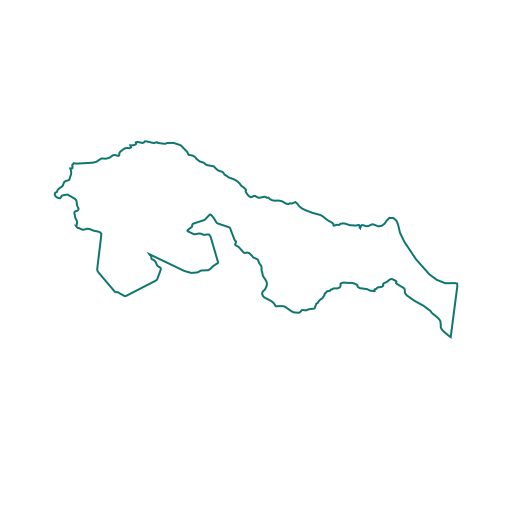 the border of Luapula, rotated 109°
{"feature_id": "ZMB-514", "entity_name": "Luapula", "entity_type": "Province", "adm_level": 1, "iso_a3": "ZMB", "parent_name": "Zambia", "parent_adm1": "", "projection": "equal_earth", "projection_center": [29.278, -10.414], "detail": "fine", "context": "isolated", "style": "outline", "palette": "teal", "viewbox_px": 512, "rotation_deg": 109, "n_neighbors": 0, "source": "natural_earth", "source_scale": "10m", "svg_char_len": 6143}
<svg xmlns="http://www.w3.org/2000/svg" viewBox="0 0 512 512"><g transform="rotate(109 256 256)"><path d="M193.4,166.6L192.4,166.1L192.0,164.7L191.9,161.6L191.6,160.5L191.0,159.4L189.2,157.6L188.2,156.4L187.9,154.8L188.1,151.4L188.0,149.5L186.4,146.9L183.7,145.0L179.9,143.9L176.6,142.3L175.4,138.5L176.9,134.7L180.2,131.8L187.2,127.4L194.3,120.3L207.1,103.5L216.9,86.1L219.7,77.3L220.1,68.1L216.8,58.9L216.6,56.9L218.6,55.9L269.3,45.5L268.7,47.7L266.4,53.7L265.3,55.9L264.2,57.2L263.2,58.1L260.9,58.9L257.9,60.3L257.3,60.8L256.2,62.2L255.3,63.9L253.1,69.9L252.3,71.7L251.4,72.7L251.0,73.6L248.5,81.5L246.8,91.5L244.3,100.1L243.9,101.1L242.6,102.9L241.9,103.4L239.6,104.3L238.6,105.1L238.2,105.9L236.4,114.2L236.2,114.6L235.8,114.8L234.5,114.9L234.2,115.2L233.7,117.6L233.5,119.8L233.9,120.9L234.3,121.4L235.4,122.3L237.5,123.6L238.2,124.1L239.9,126.1L240.6,126.5L241.4,126.6L242.4,126.1L242.9,126.1L243.8,126.7L244.1,127.0L245.1,128.6L245.6,130.0L246.1,130.7L246.5,131.0L247.7,131.4L248.0,131.7L248.8,132.8L249.1,133.0L250.5,132.4L250.7,132.7L250.9,133.4L251.0,134.6L251.5,136.1L251.6,136.8L251.2,140.0L251.3,141.0L252.6,147.2L252.3,148.8L251.9,149.9L251.6,150.2L250.8,150.5L250.4,150.8L250.3,151.3L250.0,154.4L250.0,155.1L250.3,157.0L251.0,158.6L252.6,164.5L253.4,165.9L254.6,167.0L255.0,167.0L256.6,166.3L257.9,166.4L258.7,166.8L260.1,168.5L261.3,171.8L261.8,172.5L262.7,173.1L263.5,174.4L264.7,174.7L265.1,175.0L265.9,176.8L266.3,177.3L266.8,177.6L267.7,177.8L269.1,178.7L269.5,178.8L270.8,178.5L274.1,179.5L274.9,179.9L276.2,181.0L278.6,182.0L280.5,182.4L281.3,183.3L281.7,183.5L283.0,183.4L284.8,183.6L285.7,183.4L286.4,183.6L287.0,184.2L288.0,186.5L288.9,188.2L289.9,189.7L290.8,190.5L291.4,192.0L291.7,193.7L292.0,194.5L292.3,195.0L294.7,196.1L295.1,196.3L295.6,197.0L296.0,197.9L296.9,201.5L297.0,202.4L296.6,204.8L294.7,211.5L294.5,212.8L294.8,214.6L296.1,218.5L296.9,220.2L297.0,220.7L297.0,221.1L294.9,223.7L294.1,225.5L293.7,226.6L292.5,234.3L292.2,235.3L291.8,236.1L290.5,237.4L289.5,238.0L288.6,238.1L287.1,237.9L285.5,237.0L284.2,236.5L280.7,236.2L278.6,236.7L277.1,237.5L276.5,238.1L275.3,239.4L272.9,242.6L272.3,243.2L270.1,244.4L267.4,246.3L265.0,247.0L264.0,247.6L263.3,248.3L261.9,250.5L258.9,253.0L258.7,253.4L258.6,254.2L258.3,257.5L258.1,258.4L257.8,259.0L257.2,259.6L255.5,263.2L255.5,264.7L255.9,265.9L256.8,267.6L256.9,268.0L256.5,269.3L253.4,274.8L252.9,276.3L252.5,278.7L252.2,279.3L251.7,279.6L249.6,279.4L249.2,279.5L248.7,279.8L248.2,280.9L247.4,281.8L238.1,289.6L237.7,290.2L237.6,290.9L237.7,303.0L237.5,303.7L237.3,304.2L233.9,308.3L232.4,310.6L231.6,312.4L231.7,312.9L232.3,313.4L238.2,316.1L238.9,316.7L245.8,325.8L246.1,326.1L246.9,326.4L249.1,326.1L249.5,326.2L253.5,328.9L254.4,329.1L254.7,328.8L255.0,327.7L255.2,325.0L255.6,322.5L255.5,321.2L253.4,317.4L253.1,316.7L252.9,315.6L252.8,314.5L253.0,312.6L252.9,311.8L251.4,308.9L251.0,307.3L251.9,306.0L253.1,304.8L274.2,289.9L274.9,289.7L275.3,289.8L276.9,291.3L279.4,293.1L283.1,295.0L284.5,296.1L284.9,296.5L285.3,297.3L287.4,302.7L287.9,303.5L289.8,305.2L290.8,306.4L293.0,311.6L293.2,313.3L293.5,318.8L289.0,357.5L289.5,356.9L290.2,355.1L292.5,354.0L292.9,353.4L293.0,352.3L293.2,351.1L293.7,350.0L294.2,349.1L296.8,346.7L297.7,345.3L298.0,343.0L298.6,342.2L299.2,341.8L300.2,341.6L309.7,341.8L311.0,342.1L312.2,343.0L336.0,365.8L336.5,366.7L336.6,367.2L336.6,367.9L336.5,368.5L336.2,369.3L336.0,371.5L335.4,373.7L335.3,375.0L335.4,375.6L335.9,376.9L335.9,377.6L322.7,399.8L321.6,401.1L320.4,401.8L288.0,408.8L287.6,409.0L285.5,409.3L284.7,410.5L284.3,412.0L284.4,413.9L284.9,417.2L284.7,421.8L284.9,423.6L285.5,425.1L287.1,427.2L287.6,428.5L287.6,429.7L287.2,432.5L287.6,433.4L287.3,434.1L286.8,435.2L286.3,435.8L286.3,435.6L283.0,435.9L281.3,436.7L278.8,439.2L274.8,441.6L273.5,441.9L272.6,441.4L271.3,439.6L270.3,439.1L269.3,439.1L268.6,439.5L267.4,440.8L265.9,442.0L262.6,443.5L261.4,444.7L260.9,446.0L260.0,450.0L259.7,452.4L259.4,453.3L259.3,454.2L259.6,455.0L261.9,458.9L263.1,459.5L264.3,459.6L265.2,460.1L265.5,461.9L265.3,463.9L264.5,465.4L263.4,466.3L261.9,466.5L261.3,466.3L260.7,465.4L260.3,465.1L258.2,465.1L256.2,464.1L253.0,461.8L252.4,461.6L249.4,461.5L248.5,461.4L247.8,461.0L246.8,459.9L245.4,457.9L244.7,457.4L238.4,457.5L236.6,458.2L235.0,459.1L233.7,460.2L232.9,458.2L231.6,458.4L230.3,459.3L229.2,459.2L228.5,458.7L227.9,458.7L227.5,458.4L227.2,456.0L221.0,440.9L219.0,437.7L214.5,434.3L213.8,433.1L213.4,431.2L212.6,429.2L211.5,427.5L210.6,426.4L207.9,424.5L206.8,423.4L206.4,421.8L206.2,418.9L205.5,418.1L202.8,418.7L201.2,418.1L197.4,415.4L196.4,414.4L195.1,410.5L194.0,409.5L192.3,410.9L192.0,409.9L191.1,407.9L190.1,406.6L189.4,406.0L188.6,405.9L187.6,406.6L186.7,405.1L186.1,400.1L185.2,399.0L183.9,398.5L183.3,397.2L182.6,390.1L182.3,389.0L181.2,387.6L180.7,386.7L181.0,386.3L181.0,385.2L179.7,379.1L179.3,378.2L178.1,376.7L177.6,375.6L176.6,372.6L176.2,371.7L175.9,370.2L175.8,364.7L176.0,362.8L179.9,355.2L180.2,354.7L182.3,352.7L181.7,348.8L182.0,346.6L182.7,345.1L183.5,344.0L184.9,340.0L184.8,336.6L184.9,335.5L185.7,333.6L185.9,332.6L185.9,331.3L185.1,325.8L185.1,324.8L186.2,322.8L187.2,320.3L187.5,319.2L187.5,318.2L187.4,316.0L187.5,314.9L187.9,314.0L189.3,312.2L189.7,310.0L190.5,307.9L190.6,306.8L190.6,302.2L191.0,299.8L191.7,297.4L192.7,295.2L194.0,293.4L194.6,292.4L195.1,290.1L196.3,287.6L196.6,287.1L197.1,286.8L198.0,286.9L198.5,286.7L199.5,285.6L200.7,284.0L201.7,282.1L202.1,280.0L201.7,279.4L199.9,277.5L199.5,276.5L200.1,273.1L200.0,271.9L198.2,269.1L197.2,267.3L197.1,265.8L197.5,264.9L196.8,263.3L197.6,261.4L197.9,260.2L198.0,258.9L197.9,257.7L197.4,255.7L196.7,254.0L196.1,252.2L195.8,249.6L196.1,247.4L196.5,245.8L196.7,244.2L196.3,242.2L195.3,241.4L195.1,240.9L194.8,239.3L192.2,236.3L192.9,234.4L194.8,231.5L196.0,228.3L196.6,224.3L196.8,216.0L196.3,208.6L196.6,206.4L198.9,199.7L199.7,195.2L200.4,193.4L201.8,192.7L202.0,192.2L200.0,189.5L199.8,187.9L199.3,187.3L198.6,187.0L197.9,186.3L196.8,184.3L196.4,182.2L196.3,177.4L196.1,176.3L195.4,174.2L194.9,171.8L193.5,169.6L193.2,168.6L193.5,168.1L195.3,167.3L195.8,166.5L193.4,166.6Z" fill="none" stroke="#0f766e" stroke-width="2"/></g></svg>